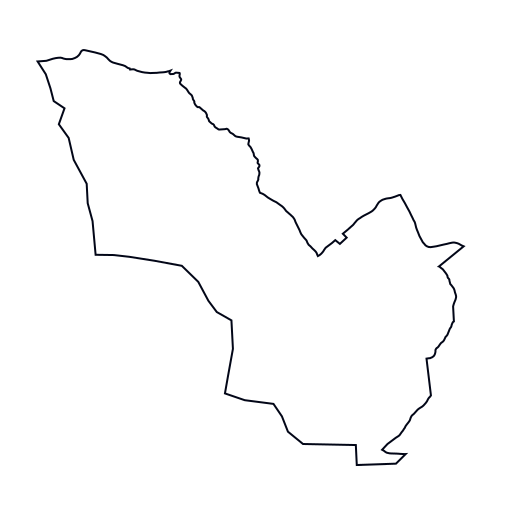 outline of Kwadaso Municipal, Ashanti, Ghana, rotated 177°
{"feature_id": "2480657B94630675221037", "entity_name": "Kwadaso Municipal", "entity_type": "district", "adm_level": 2, "iso_a3": "GHA", "parent_name": "Ghana", "parent_adm1": "Ashanti", "projection": "albers", "projection_center": [-1.664, 6.667], "detail": "fine", "context": "isolated", "style": "outline", "palette": "ink", "viewbox_px": 512, "rotation_deg": 177, "n_neighbors": 0, "source": "geoboundaries", "source_scale": "gbopen_adm2", "svg_char_len": 5836}
<svg xmlns="http://www.w3.org/2000/svg" viewBox="0 0 512 512"><g transform="rotate(177 256 256)"><path d="M463.9,461.7L456.4,448.5L452.5,434.2L449.9,421.3L439.5,413.5L446.0,397.9L436.9,383.7L433.0,361.6L421.3,337.0L421.3,317.5L417.4,299.4L416.1,265.6L398.0,264.4L382.4,261.8L357.8,256.6L330.6,250.1L315.0,233.2L305.9,213.8L298.1,202.1L283.9,193.0L283.9,164.5L290.3,137.3L294.2,120.4L274.8,112.6L246.3,107.4L238.5,94.5L233.3,78.9L218.9,65.8L166.2,62.0L166.3,42.0L127.1,41.3L116.9,50.4L117.9,50.4L118.9,50.5L121.9,50.8L124.9,51.2L128.3,51.5L130.9,51.7L132.7,51.9L134.6,52.4L135.2,52.6L135.9,52.8L137.2,53.7L138.3,54.7L139.4,55.4L140.2,55.9L134.5,61.4L126.0,67.1L123.0,68.8L121.9,69.7L120.8,71.1L119.8,72.4L118.6,73.7L118.0,74.5L117.4,75.4L116.2,76.9L115.8,77.9L115.1,78.8L114.4,79.7L112.8,81.5L111.7,82.8L110.9,84.0L110.5,85.1L109.9,86.6L109.6,87.1L108.8,88.4L107.8,89.2L106.6,90.1L105.3,91.4L104.1,92.6L102.7,94.0L101.5,94.9L99.8,95.9L98.1,96.8L96.6,97.9L94.2,100.3L92.9,101.9L91.6,104.2L90.6,105.5L90.0,106.0L89.7,106.2L88.6,107.6L91.1,144.6L89.3,144.8L87.4,144.9L86.4,145.3L85.3,145.7L83.7,146.8L82.7,148.2L82.4,149.0L82.1,149.8L81.8,151.0L81.7,152.7L81.1,153.8L80.4,154.6L79.6,155.0L78.5,156.0L77.7,157.1L76.6,158.5L75.8,159.4L74.9,160.0L73.5,161.0L72.7,162.0L71.8,163.6L71.4,164.4L71.0,165.2L70.0,166.1L68.9,167.4L68.1,169.2L67.2,171.1L66.5,172.7L65.9,173.7L65.0,174.7L64.5,175.8L64.2,177.0L63.7,178.1L62.9,179.6L62.2,180.0L61.8,180.3L61.8,195.3L61.5,196.3L60.9,198.0L60.3,199.4L59.0,202.1L58.4,204.1L58.3,204.8L58.3,205.6L58.6,207.2L59.2,209.2L59.6,211.5L60.2,213.3L60.8,214.2L61.4,215.1L62.5,216.7L63.5,217.9L63.7,219.2L64.1,221.0L64.2,222.4L64.7,223.3L65.1,223.7L65.4,224.0L65.8,225.0L65.9,226.3L66.2,226.9L66.5,227.5L67.4,229.0L68.8,231.0L70.1,232.9L72.0,234.5L73.5,235.9L73.8,236.0L48.1,254.8L50.1,255.8L52.9,257.6L54.5,258.3L56.2,258.8L57.5,259.1L59.1,259.1L60.5,258.9L62.4,258.6L64.8,258.1L68.0,257.6L75.2,256.3L77.0,256.1L81.2,255.7L83.2,256.0L84.0,256.4L84.9,256.8L86.2,257.8L87.3,259.3L88.7,261.0L89.5,262.7L90.5,264.8L91.7,267.3L92.5,269.7L93.1,271.5L93.9,273.7L94.6,276.1L95.0,278.3L95.4,280.4L95.9,282.0L96.7,283.4L97.7,285.9L99.1,289.1L100.4,292.3L102.5,296.6L104.6,301.1L106.8,305.3L108.6,309.4L110.1,309.3L111.6,308.8L114.4,307.9L115.3,307.7L116.3,307.4L118.0,307.0L119.4,306.8L121.1,306.7L123.0,306.5L124.6,306.1L126.5,305.6L127.6,305.1L128.3,304.7L128.9,304.3L129.9,303.7L131.0,302.6L132.0,301.2L132.8,300.1L133.7,298.6L134.6,297.5L135.6,296.5L136.2,296.0L136.8,295.4L138.1,294.5L139.6,293.7L141.4,292.8L143.2,292.0L146.1,290.7L148.6,289.4L149.8,288.6L151.3,287.8L152.7,286.9L153.8,285.9L154.6,285.0L155.6,284.0L156.9,282.5L157.6,281.8L158.5,281.1L159.9,280.0L163.4,277.2L168.1,273.7L164.5,269.6L171.6,263.7L176.0,267.7L179.3,265.1L186.0,260.6L187.6,258.6L188.6,257.1L189.6,256.0L190.7,254.9L192.4,253.6L194.2,252.7L194.7,253.9L195.3,255.8L196.1,257.2L197.4,258.7L199.3,260.6L200.2,261.7L201.1,262.8L202.8,264.4L203.8,266.2L204.3,267.5L204.5,268.1L204.7,268.8L205.8,270.2L207.1,271.8L208.3,273.5L209.6,275.3L210.4,277.2L211.2,279.6L213.4,284.7L214.4,287.0L214.8,288.0L215.5,290.3L216.4,291.9L217.2,293.1L218.7,294.6L219.4,295.4L220.2,296.1L221.7,297.6L223.5,299.3L225.3,302.0L226.2,303.1L227.5,304.4L228.8,305.4L229.7,306.1L232.8,308.6L235.7,310.2L237.4,311.3L239.5,312.7L241.1,313.8L242.6,315.1L244.2,316.5L246.0,317.7L247.5,318.4L248.7,318.9L249.1,319.9L249.5,321.2L250.0,323.4L250.4,324.6L250.8,325.9L251.4,327.8L251.2,329.5L250.5,330.6L249.7,332.2L249.7,333.1L249.5,334.3L249.2,335.4L248.6,336.7L248.3,338.0L248.3,338.7L248.2,339.4L248.6,340.7L248.9,341.4L249.1,342.2L249.4,343.5L248.9,344.1L248.3,344.8L247.8,345.8L247.9,346.3L247.9,346.8L248.6,347.7L249.4,348.5L249.4,348.9L249.5,349.4L249.1,350.6L249.2,352.0L249.8,352.8L250.6,353.5L251.5,354.5L252.5,355.7L252.8,356.7L252.9,357.8L253.1,359.0L253.7,360.2L254.3,361.8L254.9,363.3L255.8,365.1L257.0,366.5L257.4,367.1L257.8,367.8L257.7,368.7L257.3,370.1L256.9,371.5L257.0,372.8L257.2,373.8L259.5,373.8L261.6,374.4L264.4,375.2L266.7,375.7L268.2,376.0L269.6,376.4L270.6,377.0L271.7,378.1L272.6,379.0L273.7,379.7L274.8,380.3L275.7,381.2L276.3,382.3L276.8,383.2L277.5,384.0L278.0,384.3L278.6,384.6L280.3,384.3L286.3,384.2L287.1,384.6L287.7,385.1L288.5,385.7L289.4,386.3L290.1,386.9L290.3,387.2L290.6,387.5L290.9,388.5L291.3,389.3L291.9,389.9L292.8,390.3L293.5,390.8L294.3,391.6L295.7,393.0L296.3,395.1L296.7,396.0L297.0,396.3L297.2,396.7L297.7,397.4L297.8,398.2L297.6,399.2L297.7,399.6L298.4,401.4L299.1,402.5L300.0,403.4L301.1,404.1L304.7,407.6L305.4,407.7L306.4,407.7L307.4,408.5L308.8,410.4L309.4,411.8L309.6,412.6L309.5,413.5L309.8,414.3L310.3,415.0L310.8,416.0L310.9,417.2L311.3,418.5L311.7,419.7L312.8,420.9L314.1,422.1L314.9,423.3L316.0,425.3L317.0,426.8L318.2,427.8L320.5,429.8L322.2,431.5L322.8,432.3L322.9,433.0L322.8,433.6L322.3,434.4L321.9,435.1L321.5,435.8L321.5,436.5L322.1,437.5L322.7,438.4L323.0,439.2L322.9,440.6L322.6,441.6L322.6,442.2L322.8,442.8L326.3,443.3L327.0,443.1L328.4,442.3L329.1,442.1L331.9,442.1L332.2,442.3L332.8,442.9L332.8,443.8L332.6,444.4L331.7,445.6L333.3,445.1L334.8,444.9L335.9,444.6L337.6,444.4L339.3,444.3L342.4,444.3L345.7,444.1L349.2,444.2L352.0,444.2L353.2,444.4L354.5,444.6L357.4,445.0L360.1,445.6L362.6,446.4L365.0,447.2L366.5,448.0L367.5,448.6L368.8,448.9L370.1,448.9L372.0,448.8L372.3,449.9L373.1,450.1L374.3,450.6L375.8,451.8L376.9,452.6L379.0,453.5L384.3,455.2L388.7,456.7L390.2,457.5L391.7,458.6L393.4,460.5L394.5,461.9L396.2,463.4L397.9,464.7L400.3,465.8L406.1,467.7L416.1,470.5L417.3,470.7L418.5,470.5L419.7,469.7L420.4,468.7L420.8,468.0L421.2,467.3L422.4,465.8L424.2,464.3L425.4,463.7L426.5,463.2L429.1,462.4L431.0,462.3L433.0,462.4L434.9,462.5L436.3,462.8L438.0,463.3L439.3,463.9L440.9,464.3L443.2,464.3L445.6,464.1L448.6,463.6L455.1,461.9L463.9,461.7Z" fill="none" stroke="#020617" stroke-width="2"/></g></svg>